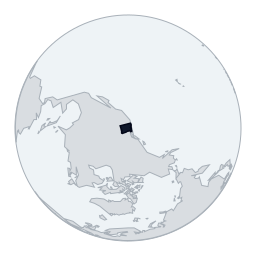 the Earth from above Oregon, rotated 166°
{"feature_id": "USA-3525", "entity_name": "Oregon", "entity_type": "State", "adm_level": 1, "iso_a3": "USA", "parent_name": "United States of America", "parent_adm1": "", "projection": "orthographic", "projection_center": [-121.855, 44.128], "detail": "fine", "context": "on_globe", "style": "filled", "palette": "ink", "viewbox_px": 256, "rotation_deg": 166, "n_neighbors": 0, "source": "natural_earth", "source_scale": "10m", "svg_char_len": 10925}
<svg xmlns="http://www.w3.org/2000/svg" viewBox="0 0 256 256"><g transform="rotate(166 128 128)"><circle cx="128" cy="128" r="113" fill="#eef3f6" stroke="#a8b0b8"/><path d="M36.1,190.2L36.3,190.7L36.1,190.2ZM199.8,214.8L201.3,213.5L211.2,201.1L210.8,199.8L206.2,201.3L200.9,195.8L203.4,189.9L201.8,188.7L207.1,178.2L205.0,172.4L202.9,172.8L201.3,176.6L193.5,176.4L189.9,172.4L161.7,173.3L157.8,171.2L156.3,166.3L139.8,151.5L150.3,166.6L145.2,164.4L139.8,159.3L141.2,157.6L135.5,149.4L130.0,146.6L124.2,135.4L124.3,120.0L127.0,122.2L126.7,118.4L123.3,115.6L121.1,114.6L115.4,99.8L104.6,91.9L99.2,93.5L102.0,90.1L90.5,96.2L83.3,95.7L92.6,93.8L94.5,91.8L90.3,90.1L91.3,87.7L89.8,85.6L91.4,83.0L96.7,82.4L97.9,80.8L94.8,79.8L94.5,76.7L98.8,78.5L98.7,73.3L107.5,72.0L117.7,79.9L123.9,77.8L137.7,82.8L137.7,80.4L142.9,81.2L144.9,78.9L146.9,80.7L146.7,77.3L144.4,76.1L143.6,74.3L144.5,72.9L147.3,74.9L147.2,75.9L148.5,75.7L149.5,77.4L149.5,75.8L152.7,78.5L151.0,73.8L154.7,74.3L156.4,76.7L154.4,79.0L153.4,91.2L154.5,94.7L158.2,97.2L169.0,96.2L171.1,99.3L175.2,101.5L174.9,98.5L171.6,95.7L172.2,91.0L168.0,88.4L167.7,86.2L164.2,82.7L166.7,80.6L171.1,80.5L174.1,83.3L176.1,83.4L174.9,78.7L182.1,82.4L189.6,82.2L191.2,83.6L191.5,89.5L187.4,94.3L187.7,103.0L189.5,94.8L193.6,98.8L195.2,98.5L196.1,97.0L195.4,94.5L197.2,95.5L196.1,103.7L194.4,102.9L194.8,100.2L192.9,102.6L192.1,108.6L194.2,110.5L190.9,118.4L192.3,119.8L192.4,122.5L190.3,119.6L194.1,125.2L190.4,136.7L195.5,146.7L188.3,141.1L184.4,142.2L180.0,144.7L180.8,146.4L173.9,148.1L169.5,154.2L170.3,163.4L174.7,168.7L182.0,165.8L183.1,161.4L187.8,158.2L186.9,169.2L195.6,166.0L196.1,173.0L199.0,175.0L202.7,171.7L206.8,170.7L208.8,165.0L212.4,159.7L213.4,164.9L214.7,158.3L217.2,158.9L223.8,151.5L223.6,153.3L229.3,152.9L233.9,148.1L235.0,149.9L234.6,153.0L235.9,151.0L235.8,152.3L239.4,143.1L239.9,141.1L238.6,149.6L236.6,157.9L234.0,166.1L230.8,174.1L227.0,181.8L222.6,189.2L217.6,196.2L212.2,202.9L206.2,209.1L199.8,214.8ZM68.7,163.4L68.9,161.0L70.2,163.0L68.7,163.4ZM68.1,159.2L68.2,160.1L67.9,159.2L68.1,159.2ZM67.2,158.3L67.8,158.9L67.0,158.5L67.2,158.3ZM65.9,157.5L66.6,157.9L65.9,157.5ZM196.3,150.5L206.1,149.5L201.7,153.5L202.3,152.0L199.6,151.5L194.9,152.3L190.7,156.1L196.3,150.5ZM64.2,155.5L63.8,154.9L64.5,155.0L64.2,155.5ZM198.0,142.2L196.4,142.9L197.8,141.8L198.0,142.2ZM119.9,114.7L123.1,115.8L125.8,119.4L123.1,118.7L119.9,114.7ZM114.9,108.1L116.7,107.8L116.8,111.6L115.7,110.6L114.9,108.1ZM95.2,95.3L97.6,96.0L94.9,96.2L95.2,95.3ZM89.4,85.8L88.3,86.4L88.0,85.1L89.4,85.8ZM163.0,84.2L163.6,83.5L163.9,84.5L163.0,84.2ZM161.0,83.4L161.0,85.1L160.0,84.9L160.0,83.9L161.0,83.4ZM90.2,80.0L89.9,77.8L91.1,79.9L90.2,80.0ZM161.2,81.4L158.2,84.6L156.5,84.4L155.2,80.4L161.2,81.4ZM90.4,76.5L89.8,71.4L87.5,72.2L93.7,67.4L92.1,73.1L93.9,75.5L91.8,75.1L90.4,76.5ZM143.3,76.4L145.7,77.6L142.9,77.9L143.3,76.4ZM141.7,77.0L134.1,81.1L131.0,78.8L134.2,77.8L129.5,76.1L131.8,72.9L134.8,73.2L136.4,75.2L136.0,72.5L141.7,77.0ZM97.1,65.6L97.8,64.4L98.1,65.6L97.1,65.6ZM143.1,73.6L141.8,74.5L139.0,72.6L141.1,70.3L141.3,71.7L143.1,73.6ZM127.2,77.3L125.5,75.5L126.8,72.4L126.4,71.4L131.5,72.7L127.2,77.3ZM142.4,71.4L142.1,69.3L144.3,69.0L144.1,72.5L142.4,71.4ZM137.5,73.1L136.3,72.1L137.6,71.9L137.5,73.1ZM151.8,67.0L150.3,68.0L148.8,67.0L151.8,67.0ZM141.9,68.5L141.2,68.6L140.4,68.4L140.7,67.0L141.9,68.5ZM132.1,70.5L133.0,69.6L130.1,69.8L131.0,67.6L134.3,68.9L133.2,67.4L133.5,66.8L135.9,68.6L132.1,70.5ZM138.6,64.9L143.1,66.1L146.1,64.3L147.6,65.1L142.5,67.8L138.6,64.9ZM136.8,66.9L138.3,65.8L139.3,67.3L139.0,68.9L136.8,66.9ZM130.4,65.7L128.2,68.7L127.5,68.3L130.4,65.7ZM139.3,64.1L138.2,63.9L139.4,63.8L139.3,64.1ZM132.9,64.9L132.2,65.9L131.5,65.5L132.9,64.9ZM136.6,62.6L138.0,62.9L137.8,64.0L136.6,62.6ZM134.7,63.4L133.9,62.5L136.9,64.2L134.5,63.9L134.7,63.4ZM132.3,64.3L131.7,64.3L132.7,63.9L132.3,64.3ZM136.4,58.5L140.3,60.3L139.9,62.6L136.2,60.5L136.4,58.5ZM233.6,88.9L231.1,82.7L229.0,79.2L210.2,52.9L208.0,49.7L195.2,37.7L193.9,36.7L196.2,38.4L202.4,43.4L208.2,48.9L213.6,54.7L218.5,61.0L223.0,67.5L227.1,74.4L230.6,81.5L233.6,88.9ZM154.9,18.6L157.0,19.2L152.9,18.3L158.6,19.7L157.5,19.3L161.1,20.4L162.3,20.8L160.8,20.4L163.6,21.4L170.1,23.5L169.8,23.4L176.2,26.2L177.9,27.0L178.0,27.0L181.6,28.9L181.8,29.1L180.5,28.4L183.6,31.4L185.8,32.3L182.9,29.7L184.6,30.7L187.5,32.3L186.5,31.9L189.0,34.9L195.4,40.0L206.5,48.5L209.6,52.2L211.0,55.0L204.1,50.9L197.8,43.2L195.3,42.1L194.1,43.6L192.3,41.2L191.0,41.0L188.4,38.4L182.3,35.3L179.3,33.0L174.6,32.5L172.4,31.4L175.8,31.9L176.6,31.3L168.8,26.5L166.6,25.8L164.1,25.9L162.3,24.8L160.9,25.6L155.3,23.7L161.0,26.8L158.3,27.4L153.6,26.9L153.8,27.8L161.4,28.7L163.5,28.7L163.6,27.7L170.2,28.5L173.4,30.1L170.4,31.6L174.6,34.1L170.4,34.5L152.4,31.1L146.2,29.6L140.7,24.6L143.5,24.1L146.9,25.6L145.9,23.2L144.9,23.9L143.4,23.0L140.4,23.8L139.2,23.3L138.4,25.0L136.6,24.5L137.1,23.4L131.1,24.4L126.7,23.9L125.9,24.4L126.4,25.1L120.4,24.2L120.1,24.6L122.0,25.1L122.6,26.3L121.3,28.3L119.3,27.8L119.5,27.1L116.9,25.0L117.7,23.3L116.8,23.3L115.6,24.8L118.8,27.2L118.5,28.6L116.6,27.4L117.3,27.9L116.6,28.5L114.0,28.7L115.9,30.0L110.7,37.4L105.2,38.9L104.0,36.8L98.3,42.4L92.5,44.2L94.2,44.5L92.6,47.7L94.4,47.2L95.1,47.7L91.7,56.5L89.4,58.4L89.9,63.1L90.8,63.3L92.5,62.1L93.7,67.4L87.5,72.2L85.9,71.4L83.2,75.2L79.7,72.9L75.7,72.9L73.5,68.5L70.4,69.1L69.7,70.6L65.1,72.8L57.9,72.6L66.8,66.2L78.2,66.4L73.8,65.6L75.7,63.9L74.7,62.6L71.6,62.3L70.6,63.4L70.4,54.5L64.6,51.8L62.8,55.9L59.5,58.4L51.4,60.2L46.9,55.1L42.5,59.5L40.9,60.6L41.6,58.4L44.1,56.7L46.7,53.6L47.9,53.1L50.0,49.4L51.9,48.6L52.5,46.4L50.0,48.4L47.5,51.7L47.2,50.6L42.0,56.0L39.2,59.0L39.3,58.5L44.5,52.3L50.2,46.6L56.2,41.2L62.6,36.3L69.4,31.8L76.4,27.9L83.7,24.4L91.2,21.5L98.9,19.2L106.8,17.4L114.8,16.1L122.8,15.5L130.9,15.4L139.0,15.9L147.0,17.0L154.9,18.6ZM218.7,62.0L219.7,63.1L218.7,62.0ZM135.0,15.6L134.9,15.6L137.3,15.8L141.8,16.2L135.0,15.6ZM224.0,151.2L224.9,151.3L223.9,152.6L224.0,151.2ZM201.7,156.2L203.5,155.1L204.7,155.3L203.4,156.6L201.7,156.2ZM215.2,145.2L217.0,144.1L215.4,146.2L215.2,145.2ZM207.5,149.2L213.9,146.4L210.8,151.2L206.7,152.9L209.2,150.4L207.5,149.2ZM198.4,146.2L199.7,145.8L199.7,147.1L198.4,146.2ZM199.0,141.5L198.7,141.9L197.8,141.4L199.0,141.5ZM193.7,98.4L193.8,97.7L195.1,96.6L195.1,98.0L193.7,98.4ZM197.2,86.8L200.1,88.7L198.0,88.2L198.6,90.4L194.9,92.3L191.9,84.4L193.9,87.6L197.2,86.8ZM189.2,93.1L191.9,92.5L189.1,93.5L189.2,93.1ZM186.7,43.2L186.6,42.1L188.8,42.8L192.6,46.4L189.5,45.2L186.7,43.2ZM186.0,40.3L181.9,41.2L179.4,39.3L181.5,40.2L180.2,38.8L183.3,39.9L184.8,37.4L186.9,38.0L192.8,43.8L189.8,41.5L190.0,42.7L186.0,40.3ZM175.9,49.2L174.1,50.1L170.9,44.5L173.0,44.3L176.9,47.7L176.8,49.9L175.9,49.2ZM159.4,74.0L158.9,75.2L158.2,74.5L158.0,73.1L159.4,74.0ZM151.2,67.5L160.7,68.5L160.7,69.8L166.3,69.1L168.3,72.3L164.6,72.6L170.4,74.7L167.8,76.3L171.8,77.5L163.2,77.8L161.2,79.5L162.7,76.3L160.9,73.2L159.5,72.4L154.0,71.4L148.7,73.8L146.0,71.4L145.6,69.0L146.5,68.0L147.9,69.9L148.1,67.3L150.8,69.3L151.2,67.5ZM142.0,45.9L143.3,47.9L144.1,44.1L146.8,45.6L146.7,45.1L149.5,45.5L152.7,45.1L153.6,46.1L154.5,45.6L156.3,45.9L157.8,45.6L160.0,47.3L162.0,47.0L161.9,48.0L164.7,47.2L163.7,48.6L165.9,49.4L165.8,47.6L174.3,59.0L178.7,63.0L183.0,65.7L180.6,68.2L175.1,67.4L168.5,64.9L164.5,60.8L164.2,62.8L162.2,61.5L163.3,60.5L160.4,61.3L159.1,60.0L153.2,58.5L149.8,60.8L147.5,60.4L148.2,58.9L145.5,59.7L145.2,56.6L143.6,56.3L141.7,53.1L143.9,50.5L142.0,50.4L140.4,48.1L142.0,45.9ZM136.0,57.5L138.0,53.8L140.5,52.8L142.7,58.8L144.2,59.5L145.8,63.6L142.1,64.9L142.0,63.6L141.1,62.6L142.6,62.6L140.7,61.9L140.5,60.2L138.9,59.2L140.0,58.2L136.0,57.5ZM189.9,33.9L191.3,34.9L190.1,34.1L187.9,32.6L189.2,33.5L189.9,33.9ZM193.2,36.9L191.9,36.0L193.4,36.6L194.6,37.6L193.2,36.9ZM189.9,35.0L191.7,35.9L191.5,36.0L189.9,35.0ZM174.5,31.2L173.0,30.4L173.3,30.2L174.7,30.6L174.5,31.2ZM144.9,35.8L145.2,36.9L144.5,36.9L143.0,39.0L140.8,38.2L140.9,36.6L144.9,35.8ZM142.3,35.2L141.9,36.1L141.1,35.2L142.3,35.2ZM139.2,37.7L137.9,36.7L140.4,38.3L139.2,37.7ZM37.0,61.7L36.7,62.0L37.0,61.7ZM123.3,31.1L127.8,29.0L129.6,27.2L128.4,25.8L132.1,27.0L129.3,29.7L123.3,31.1ZM112.4,36.6L113.5,38.1L111.8,38.3L111.3,38.0L112.4,36.6ZM114.0,36.9L117.7,37.3L117.5,38.7L114.6,38.1L114.0,36.9ZM130.1,35.6L131.6,35.0L132.2,35.8L130.1,35.6ZM34.5,189.0L35.7,190.9L34.6,189.6L34.5,189.0ZM36.3,190.7L35.0,189.2L36.1,190.2L36.3,190.7ZM25.6,174.8L26.3,176.3L26.2,176.0L25.6,174.8ZM25.2,174.0L25.1,173.5L25.6,174.7L25.2,174.0ZM20.4,161.2L20.5,161.3L20.8,162.2L20.4,161.2ZM19.7,158.9L19.2,156.9L19.1,156.5L19.7,158.9ZM19.4,157.5L19.2,156.4L20.0,159.6L19.4,157.5ZM18.0,152.1L19.0,155.8L18.0,152.0L18.0,152.1ZM17.8,151.0L17.3,148.8L17.3,148.7L17.8,151.0ZM16.5,143.9L17.1,147.9L17.2,148.1L16.9,146.7L16.5,143.9ZM15.6,135.7L15.8,138.2L16.1,141.2L16.0,139.8L15.6,135.7ZM36.5,67.1L38.0,65.7L37.4,67.5L36.5,67.9L36.5,67.1ZM36.8,72.7L37.7,67.5L38.7,63.7L37.4,65.5L35.9,66.2L38.8,62.6L39.6,64.0L38.5,67.2L40.2,66.6L40.5,68.6L43.3,66.9L44.1,67.6L41.2,70.3L36.8,72.7ZM44.6,66.0L49.6,64.4L47.6,68.7L46.1,70.0L44.6,68.9L45.7,66.6L44.6,66.0ZM50.2,65.3L51.4,63.2L61.1,57.9L62.7,57.9L54.2,63.9L54.8,62.3L52.8,62.9L50.2,65.3ZM96.6,64.4L97.7,64.4L96.6,65.2L96.6,64.4ZM96.1,47.3L96.9,48.0L95.6,48.8L96.1,47.3ZM98.3,50.5L99.2,49.1L99.0,50.8L98.3,50.5ZM101.1,46.1L100.0,48.7L99.9,45.9L101.1,46.1Z" fill="#d9dde1" stroke="#a8b0b8" stroke-width="1"/><path d="M124.2,130.3L124.3,130.1L124.3,129.9L124.4,129.6L124.5,129.5L124.5,129.4L124.5,129.5L124.5,129.4L124.6,129.1L124.7,128.9L124.8,128.8L124.8,128.7L124.8,128.8L124.8,128.7L124.7,128.7L124.7,128.8L124.7,128.7L124.7,128.4L124.8,128.2L124.8,127.8L124.8,127.7L124.9,127.4L125.0,127.4L124.9,127.3L124.9,127.2L125.0,127.0L124.9,127.0L124.9,126.9L124.9,126.7L125.0,126.5L125.0,126.4L125.0,126.2L125.1,125.9L125.1,125.7L125.1,125.4L125.1,125.5L125.2,125.4L125.1,125.2L125.1,125.3L125.2,125.2L125.2,124.9L125.1,125.0L125.1,124.9L125.1,124.7L125.1,124.8L125.1,124.7L125.1,124.4L125.2,124.1L125.1,123.9L125.2,124.0L125.3,124.0L125.3,123.9L125.5,124.0L125.6,123.9L125.8,123.8L125.9,124.0L126.0,124.0L126.3,123.9L126.3,124.0L126.5,124.0L126.6,124.3L126.7,124.5L126.8,124.7L126.8,124.8L126.8,125.0L127.0,125.1L127.3,125.1L127.5,125.2L127.8,125.0L128.0,124.9L128.4,124.9L128.8,124.9L128.9,125.0L129.0,125.1L129.3,125.0L129.5,124.9L129.9,124.9L130.0,124.9L130.3,124.8L130.3,124.7L130.6,124.6L131.0,124.5L131.1,124.4L131.4,124.4L131.8,124.4L134.8,124.1L134.9,124.3L135.0,124.4L135.1,124.5L135.3,124.5L135.4,124.8L135.3,125.0L135.2,125.3L135.2,125.5L135.1,125.8L135.0,126.0L135.0,126.3L134.9,126.3L134.9,126.5L134.7,126.6L134.7,126.8L134.6,127.0L134.5,127.3L134.6,127.5L134.8,127.5L135.0,127.6L135.0,127.8L134.9,127.8L134.9,128.0L134.9,128.3L134.9,128.5L135.1,132.0L124.6,132.1L124.4,132.0L124.4,131.9L124.3,131.7L124.3,131.4L124.3,131.2L124.3,130.9L124.2,130.8L124.2,130.7L124.2,130.3Z" fill="#0f172a" stroke="#020617" stroke-width="1.5"/></g></svg>